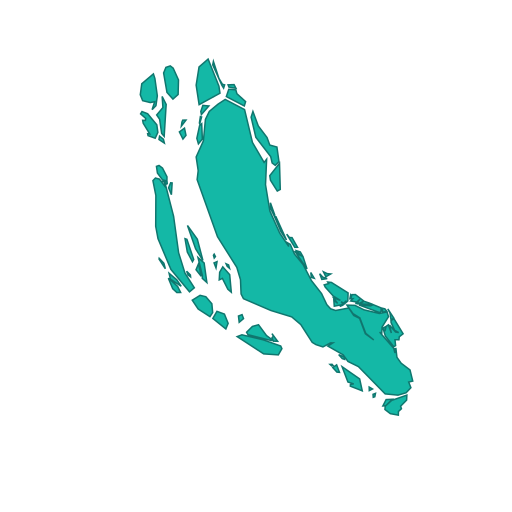 outline of Bhola, Barisal, Bangladesh, rotated 150°
{"feature_id": "16705992B37732832620169", "entity_name": "Bhola", "entity_type": "district", "adm_level": 2, "iso_a3": "BGD", "parent_name": "Bangladesh", "parent_adm1": "Barisal", "projection": "natural_earth1", "projection_center": [90.703, 22.35], "detail": "fine", "context": "isolated", "style": "filled", "palette": "teal", "viewbox_px": 512, "rotation_deg": 150, "n_neighbors": 0, "source": "geoboundaries", "source_scale": "gbopen_adm2", "svg_char_len": 6180}
<svg xmlns="http://www.w3.org/2000/svg" viewBox="0 0 512 512"><g transform="rotate(150 256 256)"><path d="M181.1,105.9L182.7,106.4L182.8,104.8L184.2,102.5L182.9,107.1L187.0,128.3L186.0,125.8L182.4,131.4L171.6,137.2L170.5,142.0L177.9,144.5L189.4,155.4L195.0,163.8L201.8,168.0L200.8,157.6L197.0,150.5L199.6,134.2L196.0,124.4L200.2,134.0L197.5,150.2L201.1,155.6L201.7,164.6L214.3,169.0L217.8,173.0L219.0,178.5L218.0,190.7L220.3,206.9L219.5,225.0L221.7,238.5L220.5,248.9L222.4,252.2L222.9,247.8L224.0,264.1L221.5,288.1L212.1,313.0L198.4,334.5L202.2,333.0L202.3,356.1L192.7,388.5L204.4,407.0L213.0,406.5L224.1,404.6L231.5,399.6L244.0,382.0L258.3,371.7L263.4,358.8L268.8,351.6L279.7,292.0L278.3,255.7L281.3,243.2L287.9,230.6L288.2,225.3L270.4,201.4L255.5,185.4L251.5,174.2L250.5,153.1L248.4,149.3L243.5,143.8L234.8,143.5L232.8,142.3L238.8,142.0L229.9,126.8L229.1,118.7L222.6,109.0L213.1,72.0L202.6,64.5L194.4,62.5L187.7,64.5L186.8,70.5L182.8,69.3L179.6,80.3L183.9,90.6L184.6,97.8L181.1,105.9ZM336.4,286.9L331.5,258.2L325.3,259.3L326.1,276.6L321.4,297.5L307.5,331.6L298.9,362.5L298.8,364.8L300.1,362.4L301.2,370.9L304.1,373.8L307.6,372.8L312.5,358.4L328.0,331.9L332.2,320.0L336.4,286.9ZM229.6,415.5L205.8,415.0L203.2,421.6L199.0,450.5L210.8,448.2L222.4,433.9L229.6,415.5ZM312.6,195.6L298.3,167.4L286.1,159.2L279.9,162.8L279.6,165.7L291.7,179.8L307.6,194.8L312.6,195.6ZM186.4,382.7L190.8,378.7L196.8,358.9L193.6,334.7L195.5,328.5L194.0,324.9L188.9,326.3L183.4,339.9L188.6,345.2L187.2,353.1L189.0,367.5L186.4,382.7ZM253.8,465.0L268.8,462.3L275.6,453.5L276.5,447.2L270.8,441.7L266.6,440.3L272.8,434.7L267.5,436.2L261.4,444.0L254.8,460.3L253.8,465.0ZM239.7,464.4L244.5,460.7L251.3,442.2L249.5,433.4L242.7,434.8L235.1,447.2L233.8,460.1L235.2,463.5L239.7,464.4ZM208.7,170.4L205.6,170.0L199.0,171.1L194.7,178.0L203.9,195.4L206.9,197.6L206.8,195.8L211.4,196.9L211.6,194.4L209.1,182.7L205.1,175.4L209.7,180.8L209.0,174.1L210.7,178.8L213.3,173.4L206.8,171.2L204.3,171.2L205.2,173.9L203.7,171.4L200.0,172.1L203.8,170.7L208.7,170.4ZM332.6,239.0L326.2,226.5L321.8,228.7L318.1,236.7L319.8,245.8L324.1,249.9L333.3,249.6L332.6,239.0ZM167.9,132.6L171.4,132.6L172.3,130.8L173.1,122.4L170.7,118.3L173.2,120.4L174.9,129.5L177.3,121.6L175.8,130.2L178.5,130.0L182.0,126.3L179.3,130.0L182.1,130.1L184.0,122.0L182.0,108.5L179.9,108.6L177.5,114.0L174.1,112.0L172.3,114.4L167.5,115.1L167.9,132.6ZM289.3,414.2L284.4,408.4L279.2,412.1L276.3,419.2L278.7,433.4L282.5,438.1L284.9,436.8L282.7,430.3L284.0,428.7L286.3,430.2L287.3,427.4L287.0,414.8L288.7,416.1L289.3,414.2ZM194.9,60.1L210.7,63.1L219.2,61.3L221.1,58.6L218.5,52.3L212.3,47.0L210.4,50.1L206.4,51.0L205.9,53.6L197.6,55.9L194.9,60.1ZM239.4,96.1L231.4,86.1L227.7,97.7L236.8,117.1L239.4,100.9L235.3,96.4L238.5,97.5L239.4,96.1ZM189.3,324.5L203.9,318.7L205.6,314.4L205.1,301.6L201.7,301.5L189.3,324.5ZM302.3,191.9L285.0,175.1L283.7,174.9L286.7,181.9L288.2,195.2L294.3,196.8L302.3,194.7L302.3,191.9ZM271.5,427.8L271.1,422.6L276.4,409.4L275.7,405.5L258.0,432.2L257.5,441.1L262.4,431.1L271.5,427.8ZM190.4,410.0L196.2,414.0L202.0,408.9L191.1,391.8L187.8,394.9L191.4,406.1L190.4,410.0ZM299.8,253.7L296.3,253.4L297.0,241.3L295.5,237.0L288.1,253.0L290.2,263.2L295.6,260.1L299.8,253.7ZM318.6,207.9L313.8,211.6L312.4,221.5L317.5,227.6L324.6,223.5L318.6,207.9ZM300.1,316.7L304.7,292.4L304.2,278.7L298.4,299.9L300.1,316.7ZM307.0,283.7L312.2,265.8L313.7,263.5L311.8,257.6L304.4,275.9L307.0,283.7ZM297.4,383.4L299.9,377.1L298.9,368.7L295.6,365.6L293.5,369.1L293.0,378.9L294.7,382.9L297.4,383.4ZM239.8,397.0L248.4,387.5L249.8,381.9L244.0,384.1L236.9,397.7L239.8,397.0ZM173.6,148.5L178.8,155.2L181.7,155.5L191.3,162.1L177.3,145.3L175.4,145.4L173.6,148.5ZM189.2,172.9L192.3,174.6L193.9,172.9L193.7,174.7L196.1,172.0L193.4,170.6L196.5,169.7L191.7,165.7L187.7,166.6L191.5,165.3L190.4,164.2L193.6,165.3L191.5,163.4L185.2,163.1L189.2,172.9ZM308.8,306.5L313.5,293.8L313.9,282.8L311.7,284.1L307.5,305.0L308.8,306.5ZM343.0,280.6L344.5,269.3L342.8,263.9L339.5,262.1L339.1,269.0L343.0,280.6ZM339.9,284.5L341.7,278.8L335.9,267.2L336.5,275.0L339.9,284.5ZM254.0,402.5L260.3,401.8L260.8,393.8L256.3,395.5L254.0,402.5ZM215.6,232.0L218.1,235.7L220.0,241.0L218.3,219.3L215.6,232.0ZM215.6,253.9L217.8,255.3L218.5,259.6L218.1,244.1L215.7,242.8L215.6,253.9ZM220.3,280.7L222.2,264.8L221.6,254.6L219.1,280.0L220.3,280.7ZM226.7,413.0L231.5,408.8L232.6,405.8L221.8,409.5L226.7,413.0ZM297.4,212.2L301.2,212.8L303.7,207.0L298.1,208.0L297.4,212.2ZM221.1,62.7L218.6,61.5L209.6,63.8L215.1,66.6L221.1,62.7ZM309.7,278.0L314.8,274.1L313.6,265.8L309.7,278.0ZM199.3,428.4L195.6,445.8L197.9,443.2L200.2,420.8L200.1,417.6L197.6,419.9L199.2,421.5L199.3,428.4ZM245.3,121.0L244.0,115.0L241.9,113.5L240.6,121.4L245.3,121.0ZM293.3,362.1L297.6,358.8L298.6,351.4L292.1,361.2L293.3,362.1ZM185.1,162.8L190.0,162.6L179.0,155.6L181.4,158.6L185.1,162.8ZM194.6,418.2L195.0,415.8L189.5,411.3L189.3,415.4L194.6,418.2ZM282.9,177.3L283.6,173.6L279.9,171.3L281.0,180.8L281.0,177.8L282.9,177.3ZM205.5,208.6L205.9,203.1L200.3,203.1L203.2,205.2L205.5,208.6ZM279.6,408.0L281.8,405.4L278.9,399.6L277.8,403.4L279.6,408.0ZM251.5,410.3L253.2,409.0L255.7,405.8L248.7,408.7L251.5,410.3ZM168.3,144.3L168.5,139.6L171.0,133.2L167.7,133.4L168.3,144.3ZM216.9,294.9L219.6,289.5L220.2,281.6L219.3,281.9L216.9,294.9ZM340.9,290.3L339.4,295.8L341.0,302.4L341.5,301.8L340.9,290.3ZM295.8,271.0L296.6,265.7L292.6,270.6L295.8,271.0ZM172.7,147.6L174.4,143.9L170.4,142.9L170.8,145.8L172.7,147.6ZM209.7,208.8L210.7,202.8L205.7,200.8L208.7,204.3L209.7,208.8ZM218.1,240.1L217.2,234.8L215.6,233.6L215.6,237.4L218.1,240.1ZM233.7,129.2L232.6,124.0L231.0,122.2L230.2,124.6L233.7,129.2ZM323.7,277.5L324.3,273.5L323.1,270.6L322.3,272.4L323.7,277.5ZM225.2,82.8L221.6,82.6L223.5,85.9L225.2,82.8ZM216.8,214.3L218.8,209.8L216.7,207.6L216.8,214.3ZM225.1,75.0L223.5,74.7L221.2,77.3L223.8,77.7L225.1,75.0ZM285.8,264.2L286.1,261.5L285.1,258.6L284.2,262.0L285.8,264.2ZM291.3,278.5L292.5,277.9L293.2,275.1L291.4,275.8L291.3,278.5ZM234.5,404.5L238.5,399.5L238.7,398.6L233.6,403.6L234.5,404.5ZM246.1,125.1L245.4,122.9L244.0,122.7L244.3,124.2L246.1,125.1ZM299.1,366.9L297.4,363.0L296.7,363.0L295.8,365.0L299.1,366.9Z" fill="#14b8a6" stroke="#0f766e" stroke-width="1.5"/></g></svg>